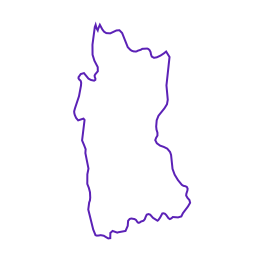 outline of Võru, rotated 262°
{"feature_id": "EST-2351", "entity_name": "Võru", "entity_type": "County", "adm_level": 1, "iso_a3": "EST", "parent_name": "Estonia", "parent_adm1": "", "projection": "robinson", "projection_center": [26.896, 57.737], "detail": "fine", "context": "isolated", "style": "outline", "palette": "violet", "viewbox_px": 256, "rotation_deg": 262, "n_neighbors": 0, "source": "natural_earth", "source_scale": "10m", "svg_char_len": 1980}
<svg xmlns="http://www.w3.org/2000/svg" viewBox="0 0 256 256"><g transform="rotate(262 128 128)"><path d="M45.3,179.1L42.0,176.5L36.0,170.5L33.0,168.5L33.0,168.4L32.5,165.1L33.6,160.0L32.9,159.0L32.2,157.6L32.0,156.7L33.1,155.5L36.4,153.8L37.9,152.7L38.6,151.3L38.6,150.1L34.7,147.2L32.5,145.1L32.1,144.3L35.6,140.2L39.1,137.9L39.9,136.3L39.6,134.5L37.5,133.1L35.3,131.9L34.0,130.4L33.6,128.0L32.7,126.2L32.7,125.0L33.9,124.0L35.7,123.2L36.9,121.8L37.9,118.7L37.7,117.0L36.1,115.2L31.1,114.1L26.4,111.2L26.1,103.9L25.9,102.8L28.2,98.4L26.5,95.9L21.4,95.1L21.4,93.1L22.7,91.4L24.7,89.0L25.7,86.0L25.6,83.9L25.8,82.0L26.4,80.9L32.4,79.4L52.8,77.3L59.7,79.2L61.5,80.2L64.3,80.9L69.6,81.4L74.1,80.9L78.3,79.9L87.8,81.3L93.3,83.2L109.1,82.3L112.9,83.1L117.2,82.1L122.1,80.8L142.0,86.1L143.5,85.2L142.5,79.7L145.2,78.0L148.4,77.1L150.3,76.9L152.0,77.0L154.8,78.2L166.3,83.9L176.4,87.3L179.1,87.9L180.9,87.8L181.9,87.3L182.7,86.5L184.0,85.9L185.2,86.1L188.0,88.7L188.5,92.0L182.4,95.7L180.7,98.0L179.6,101.0L180.2,102.3L181.5,102.6L183.0,102.2L184.5,102.2L185.6,102.9L188.4,106.0L192.5,106.5L199.3,104.1L205.5,103.1L215.4,104.4L232.7,109.2L234.4,110.2L234.6,110.3L231.2,110.7L228.9,111.6L230.3,112.2L234.1,114.5L229.2,116.3L226.7,117.7L225.0,119.7L224.2,123.6L226.2,130.1L226.0,133.1L222.9,135.4L208.1,139.0L205.2,141.1L204.0,142.4L203.1,144.2L202.6,146.5L202.8,147.6L203.2,148.6L203.7,151.6L204.1,152.4L204.4,153.2L204.0,158.0L203.5,159.0L202.3,160.1L200.1,160.9L197.6,161.0L195.4,161.5L193.9,163.5L194.0,166.4L195.2,170.3L196.9,173.9L198.4,176.4L192.5,179.0L164.8,172.0L150.4,171.3L146.1,169.9L142.5,166.9L135.9,159.9L131.7,157.5L125.5,156.1L122.4,156.0L119.2,156.5L116.4,156.1L114.4,154.5L112.2,153.3L108.9,154.4L106.1,157.3L104.3,160.8L102.1,164.0L98.4,166.3L95.3,166.9L81.3,166.4L75.3,167.7L69.5,170.2L64.2,173.4L63.0,174.9L62.4,176.6L61.5,178.0L59.7,178.6L58.0,178.2L54.7,176.6L53.0,176.2L50.5,177.2L48.1,178.8L45.3,179.1Z" fill="none" stroke="#5b21b6" stroke-width="2"/></g></svg>